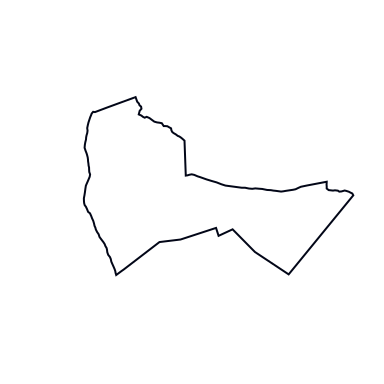 Touros, Rio Grande do Norte, Brazil (Robinson projection), rotated 225°
{"feature_id": "56859067B58568445498846", "entity_name": "Touros", "entity_type": "district", "adm_level": 2, "iso_a3": "BRA", "parent_name": "Brazil", "parent_adm1": "Rio Grande do Norte", "projection": "robinson", "projection_center": [-35.564, -5.29], "detail": "fine", "context": "isolated", "style": "outline", "palette": "ink", "viewbox_px": 384, "rotation_deg": 225, "n_neighbors": 0, "source": "geoboundaries", "source_scale": "gbopen_adm2", "svg_char_len": 2118}
<svg xmlns="http://www.w3.org/2000/svg" viewBox="0 0 384 384"><g transform="rotate(225 192 192)"><path d="M104.0,294.5L115.3,277.9L116.8,275.6L118.7,272.7L119.7,270.1L120.7,267.2L122.0,265.2L126.5,259.1L127.9,257.1L129.3,255.3L133.4,252.2L135.5,250.5L137.5,249.1L140.4,246.5L144.5,243.8L146.7,241.9L149.8,239.3L151.6,236.9L154.2,234.7L157.4,232.6L159.7,230.3L172.9,220.2L176.8,218.2L181.4,216.2L185.9,213.7L190.6,211.2L196.7,208.3L199.2,207.0L202.5,205.7L204.7,204.3L206.0,202.4L206.9,200.7L208.0,199.2L233.6,223.0L235.7,222.9L238.1,222.7L240.2,222.3L241.8,221.6L244.2,221.3L246.8,220.6L248.7,220.5L250.4,221.2L251.8,222.2L253.9,221.6L255.9,221.1L257.2,220.0L258.6,218.6L262.0,219.3L264.1,217.9L265.9,216.5L268.4,215.1L271.7,214.6L274.4,214.2L277.2,213.1L278.0,211.1L279.7,210.5L282.0,210.2L284.5,209.2L286.4,212.4L286.6,215.1L288.4,216.4L290.4,216.2L292.1,217.0L294.6,217.1L299.0,219.2L311.9,191.4L317.1,179.9L318.6,178.8L318.4,176.5L317.6,174.8L316.9,173.0L315.7,170.6L314.4,168.0L313.0,165.7L311.3,163.1L309.2,161.5L307.7,159.5L306.7,157.6L305.5,155.8L304.1,154.2L302.6,151.7L301.2,149.7L299.2,147.3L296.4,145.9L293.9,144.8L292.4,144.0L290.2,142.7L288.5,141.4L287.3,140.3L285.4,138.9L283.7,137.5L282.2,136.6L280.6,135.1L278.8,133.5L276.5,132.4L275.1,130.4L273.8,127.2L273.0,125.2L272.3,123.4L271.5,121.4L269.6,118.8L267.6,116.2L265.7,113.6L264.0,111.1L261.9,109.1L260.3,107.8L258.5,106.8L256.7,106.6L254.2,105.7L251.4,104.5L249.1,104.8L246.4,103.8L244.0,102.7L241.5,101.8L239.1,100.5L236.9,99.1L235.2,98.5L233.5,97.5L230.8,96.6L228.1,96.1L225.6,94.8L223.6,94.5L221.5,94.2L219.2,93.9L216.9,93.4L214.9,92.5L212.8,92.0L211.2,91.0L209.3,89.5L206.8,88.3L204.1,88.0L202.1,87.2L199.8,85.7L197.5,84.8L194.6,83.7L192.1,82.7L190.3,81.8L188.9,80.8L186.9,79.7L185.9,86.5L185.5,88.7L179.6,133.6L174.6,140.0L166.5,150.3L149.6,183.6L142.2,179.8L136.9,194.3L108.1,194.1L105.0,194.1L65.4,202.1L75.6,303.7L77.6,304.3L79.6,303.6L81.3,303.1L83.6,301.9L85.1,301.0L86.7,298.1L88.1,296.4L89.8,296.1L92.1,294.3L93.3,292.7L96.7,290.0L99.2,289.7L100.7,291.2L102.0,292.3L104.0,294.5Z" fill="none" stroke="#020617" stroke-width="2"/></g></svg>